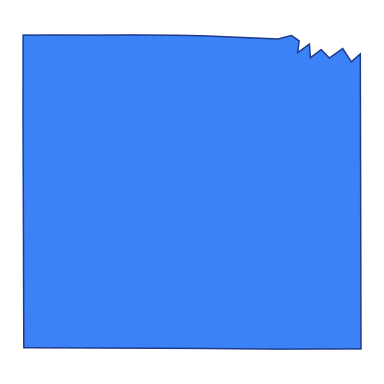 Warren, Iowa, United States of America (Robinson projection)
{"feature_id": "52423323B43281818632829", "entity_name": "Warren", "entity_type": "district", "adm_level": 2, "iso_a3": "USA", "parent_name": "United States of America", "parent_adm1": "Iowa", "projection": "robinson", "projection_center": [-93.528, 41.336], "detail": "fine", "context": "isolated", "style": "filled", "palette": "blue", "viewbox_px": 384, "rotation_deg": 0, "n_neighbors": 0, "source": "geoboundaries", "source_scale": "gbopen_adm2", "svg_char_len": 418}
<svg xmlns="http://www.w3.org/2000/svg" viewBox="0 0 384 384"><path d="M361.0,348.9L360.3,53.9L351.3,61.8L342.7,48.5L329.4,58.0L321.2,49.6L310.4,57.7L309.4,44.1L297.7,52.6L299.1,40.8L291.4,35.5L277.9,39.0L202.9,35.8L178.7,35.3L129.4,34.9L118.9,35.0L90.6,35.1L65.9,35.0L23.1,35.1L23.1,64.0L23.0,112.6L23.3,191.2L23.8,347.7L193.1,348.4L277.7,349.1L361.0,348.9Z" fill="#3b82f6" stroke="#1e3a8a" stroke-width="1.5"/></svg>